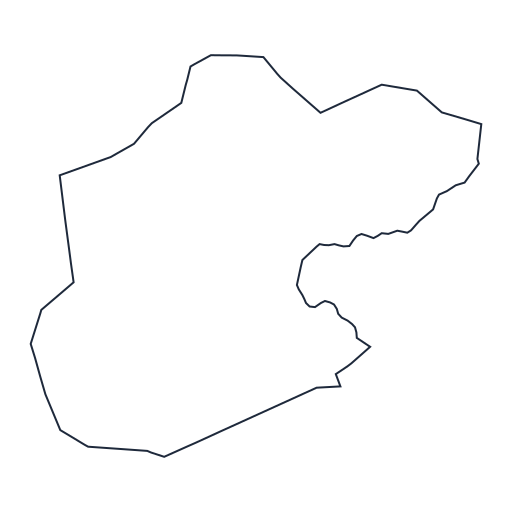 the district of Conceição do Canindé, Piauí, Brazil
{"feature_id": "56859067B81135579858436", "entity_name": "Conceição do Canindé", "entity_type": "district", "adm_level": 2, "iso_a3": "BRA", "parent_name": "Brazil", "parent_adm1": "Piauí", "projection": "mercator", "projection_center": [-41.54, -7.918], "detail": "fine", "context": "isolated", "style": "outline", "palette": "slate", "viewbox_px": 512, "rotation_deg": 0, "n_neighbors": 0, "source": "geoboundaries", "source_scale": "gbopen_adm2", "svg_char_len": 1463}
<svg xmlns="http://www.w3.org/2000/svg" viewBox="0 0 512 512"><path d="M88.1,446.7L125.0,449.3L147.3,450.9L151.0,452.5L164.2,456.8L187.2,446.5L195.6,442.8L219.6,431.8L316.6,387.7L340.4,386.4L335.8,374.1L347.6,366.2L351.3,363.4L370.1,346.8L356.8,337.9L356.4,332.4L355.0,327.3L352.1,324.1L347.6,320.6L341.7,317.6L338.2,313.8L336.8,308.9L334.0,304.5L330.0,302.4L324.9,301.0L320.9,303.0L315.0,307.1L309.6,306.5L306.0,303.0L304.3,299.0L302.4,295.1L298.8,289.4L296.9,285.0L300.8,266.8L302.4,260.0L316.6,246.6L319.6,244.1L324.1,245.0L328.8,245.2L334.5,244.1L339.0,245.4L343.5,246.4L349.4,246.0L353.1,240.5L356.8,236.0L361.5,234.0L367.0,235.7L373.5,238.1L377.7,235.9L381.7,233.2L388.3,233.9L397.3,230.7L402.0,231.6L407.3,232.7L411.0,230.4L415.9,224.8L419.4,220.9L433.1,209.4L436.9,198.4L439.0,194.6L446.9,191.1L455.7,185.3L460.9,183.7L464.6,182.6L469.2,176.2L478.8,163.7L477.4,159.0L481.3,124.1L469.4,120.5L464.7,119.1L441.8,112.4L416.9,90.6L381.7,84.7L348.0,100.1L341.9,102.9L337.6,104.9L320.5,112.8L292.7,88.5L280.6,77.6L277.1,73.7L273.0,68.7L263.4,57.1L241.6,55.7L236.7,55.4L220.6,55.3L210.9,55.2L194.8,64.0L190.5,66.5L187.2,79.9L185.8,84.7L181.3,102.9L151.8,123.2L148.0,127.2L134.0,143.8L123.6,149.7L116.9,153.5L110.6,157.1L106.6,158.5L59.7,175.3L65.2,219.9L70.1,256.8L70.9,263.0L73.1,278.6L73.6,282.3L68.6,286.6L41.3,309.9L40.3,313.4L30.7,343.9L35.1,358.1L40.1,376.1L45.4,394.3L60.3,430.1L84.7,444.8L88.1,446.7Z" fill="none" stroke="#1e293b" stroke-width="2"/></svg>